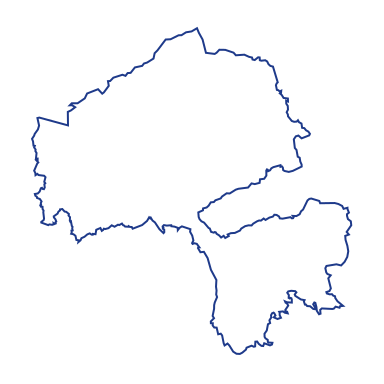 outline of Pano Lefkara, Larnaca, Cyprus, rotated 358°
{"feature_id": "46923920B84753729201746", "entity_name": "Pano Lefkara", "entity_type": "district", "adm_level": 2, "iso_a3": "CYP", "parent_name": "Cyprus", "parent_adm1": "Larnaca", "projection": "natural_earth1", "projection_center": [33.315, 34.87], "detail": "fine", "context": "isolated", "style": "outline", "palette": "blue", "viewbox_px": 384, "rotation_deg": 358, "n_neighbors": 0, "source": "geoboundaries", "source_scale": "gbopen_adm2", "svg_char_len": 5990}
<svg xmlns="http://www.w3.org/2000/svg" viewBox="0 0 384 384"><g transform="rotate(358 192 192)"><path d="M70.7,107.6L70.4,121.1L42.0,112.3L40.1,112.7L41.5,120.3L40.2,124.1L36.8,128.5L36.2,130.2L34.0,133.3L34.9,135.9L35.2,140.1L36.5,140.4L35.8,142.0L37.2,144.1L36.9,145.6L38.0,147.6L37.2,153.2L38.9,153.2L38.8,155.1L37.7,155.1L39.4,157.1L38.3,158.2L35.0,165.2L36.1,167.5L36.2,169.7L38.1,168.5L39.2,169.7L44.8,170.6L46.1,172.1L44.7,176.7L45.7,178.1L44.7,179.1L45.0,182.3L44.1,184.0L42.8,183.7L42.2,182.6L41.1,183.0L39.8,186.2L37.8,188.1L34.9,188.5L35.3,190.2L36.8,191.4L36.9,192.5L39.7,193.7L41.3,196.2L40.5,197.8L40.8,199.6L39.9,200.0L40.5,201.4L42.1,201.6L42.1,203.9L43.0,205.4L42.7,207.1L43.2,213.4L42.8,214.8L40.3,216.7L40.3,217.3L47.2,220.1L48.3,219.4L51.1,219.9L52.5,219.5L52.5,218.4L53.3,219.2L54.7,218.7L54.4,217.6L55.3,216.8L54.6,214.6L53.1,212.6L53.0,211.5L56.9,208.9L57.8,207.0L59.4,205.8L59.5,204.8L61.8,204.5L64.0,207.1L65.6,207.4L68.2,209.7L67.8,211.2L69.2,212.9L68.9,216.4L69.4,217.5L70.0,217.1L70.7,221.7L71.4,222.7L71.0,224.0L71.4,226.2L70.2,226.4L70.4,228.2L69.8,229.5L72.1,230.1L74.0,231.7L74.8,235.9L77.1,236.3L76.7,238.1L78.9,236.4L79.9,234.3L83.0,233.0L85.9,230.7L88.3,229.8L90.2,231.1L91.3,231.2L91.5,230.4L94.1,230.8L95.0,226.4L99.2,224.8L100.5,227.7L101.9,226.8L102.6,225.6L104.0,226.0L107.3,225.2L110.6,222.5L113.4,224.0L116.9,222.1L118.1,222.5L120.9,221.1L122.0,222.8L122.9,223.1L123.9,224.2L127.2,224.5L127.5,223.9L128.6,224.7L130.6,224.9L131.4,226.6L141.0,223.3L146.1,219.3L148.3,215.8L149.3,216.9L149.9,216.2L151.5,219.1L153.9,221.1L158.2,228.1L162.1,232.1L162.9,231.2L162.9,228.5L161.7,227.8L161.5,226.8L162.1,226.4L161.5,225.3L162.8,224.1L165.6,224.7L170.1,224.5L170.2,225.5L173.3,226.0L176.5,227.3L176.5,229.6L178.4,227.3L180.7,226.0L189.1,229.1L188.7,231.7L190.7,235.6L191.7,240.5L190.3,243.1L190.8,243.9L192.6,243.3L195.0,244.0L197.3,247.4L196.4,247.3L196.0,248.2L198.3,252.5L201.8,252.2L205.3,258.6L208.2,270.4L213.3,280.8L212.7,287.5L213.1,291.3L212.6,295.3L213.4,297.9L210.9,303.2L210.2,305.8L210.0,309.5L208.3,316.6L209.6,318.9L206.3,322.0L206.3,323.8L208.2,323.9L208.0,326.1L209.5,328.2L211.9,328.4L213.2,335.1L215.8,334.6L217.1,336.4L218.4,344.3L219.2,346.5L222.2,344.7L223.9,346.6L227.6,353.0L230.8,355.2L234.2,355.5L236.7,354.3L240.4,351.4L241.1,349.5L246.2,347.7L248.4,348.8L249.7,348.5L250.1,343.8L251.9,343.7L253.4,346.1L256.0,348.2L257.8,348.4L258.9,345.7L264.6,348.0L266.6,347.2L267.1,345.5L263.2,345.1L262.6,344.6L262.5,342.4L260.3,340.8L259.5,339.3L259.5,336.2L261.9,333.0L263.3,326.8L265.5,325.7L264.9,322.9L266.8,320.2L266.7,317.9L267.8,316.0L269.3,315.4L270.0,316.0L271.1,318.3L269.4,320.1L272.9,321.9L276.5,320.8L275.3,318.1L275.4,315.6L275.0,314.8L278.7,314.5L280.6,315.9L283.4,316.6L282.9,315.0L281.3,314.3L281.1,313.2L284.2,308.9L283.0,306.6L281.7,305.9L281.2,304.6L283.0,305.5L287.9,306.0L288.0,303.0L287.6,301.6L286.4,301.2L285.9,301.8L284.9,301.2L285.2,298.4L283.7,296.0L284.7,294.7L287.7,294.2L291.7,294.7L292.8,295.9L291.1,298.0L291.6,299.4L297.1,303.2L300.7,304.0L300.0,305.3L300.9,308.4L301.8,308.4L303.1,310.0L306.1,310.3L309.1,313.1L310.8,313.4L311.1,312.1L309.2,308.4L310.4,306.7L311.4,307.1L312.3,311.2L312.6,315.1L314.7,318.6L316.2,318.1L316.0,314.3L317.7,312.9L328.3,313.8L329.7,313.5L331.5,311.6L335.4,312.8L336.0,311.3L339.0,311.1L333.6,306.3L331.5,303.0L331.3,301.2L329.5,300.5L328.3,299.0L326.0,299.1L323.2,298.1L322.8,296.7L325.9,295.8L327.4,293.2L325.2,283.0L327.7,280.1L324.4,278.6L323.4,277.1L322.6,272.8L323.8,270.6L333.8,269.3L338.5,270.6L342.1,267.1L344.9,262.3L346.1,256.7L345.4,251.2L343.8,245.2L343.6,241.2L347.3,240.0L345.2,237.3L350.0,230.8L349.7,226.8L346.9,224.5L346.1,221.3L346.1,219.6L348.1,218.1L346.8,214.5L346.8,213.2L342.9,214.1L341.6,211.2L337.9,209.1L334.2,208.0L319.7,207.7L318.9,205.4L311.0,202.7L309.0,203.0L307.1,204.5L302.4,213.4L300.3,215.1L298.8,218.0L295.5,219.7L292.0,219.4L292.8,220.5L292.1,221.7L290.9,221.8L289.5,220.6L281.6,221.8L278.8,221.4L278.2,219.6L275.8,217.9L273.5,217.6L272.0,219.4L268.4,220.3L264.5,222.5L262.7,221.0L259.9,223.0L258.1,222.8L256.1,223.5L252.0,225.8L250.4,227.5L247.3,227.3L243.9,228.0L239.9,230.3L238.6,232.2L233.4,234.4L229.4,234.5L226.2,235.7L227.2,237.3L223.6,239.1L222.1,236.9L219.5,238.5L217.6,236.3L215.1,234.6L214.4,233.2L213.4,232.8L212.4,233.4L209.7,232.5L208.5,229.1L207.4,228.6L203.0,223.0L200.4,221.6L198.6,219.4L197.8,217.2L197.6,212.6L202.3,210.7L202.5,208.8L206.1,208.0L208.2,206.2L210.4,203.0L213.5,202.8L215.1,201.1L220.5,199.4L221.8,197.6L226.6,194.5L229.6,194.8L235.8,191.2L238.5,190.4L248.2,189.5L251.8,185.5L255.0,186.3L259.9,185.2L260.4,181.7L264.6,181.3L266.9,178.2L267.0,173.1L267.7,172.0L268.5,172.4L268.9,173.8L270.8,173.0L272.1,171.1L274.2,170.0L281.3,168.3L281.3,169.9L282.7,169.5L283.6,170.7L283.9,173.3L285.2,174.2L289.4,175.3L293.5,174.4L302.5,170.4L302.5,168.4L301.3,165.4L300.8,161.5L298.9,160.4L297.9,153.6L296.3,151.6L295.6,142.9L297.7,140.0L300.3,139.3L303.4,142.2L311.1,139.5L311.9,138.0L310.4,135.7L308.1,134.3L306.5,132.1L304.3,131.7L303.8,127.4L301.4,126.0L300.4,124.0L299.1,125.3L296.5,125.4L294.2,124.5L290.6,119.7L290.5,117.9L289.4,115.6L290.8,113.0L290.7,109.3L289.3,107.0L289.3,104.1L291.1,104.9L291.1,101.9L286.8,101.2L285.1,98.2L283.4,96.6L284.4,96.1L284.7,93.9L283.1,94.6L281.9,93.3L280.4,92.9L279.6,88.2L280.4,86.4L281.5,85.4L277.3,69.5L274.7,68.7L272.9,66.9L271.7,64.2L269.8,62.9L265.9,63.2L264.4,62.7L264.3,59.9L262.8,59.7L259.3,62.3L257.1,61.7L256.7,59.7L253.7,58.9L249.1,56.6L240.6,56.9L238.4,54.2L230.2,51.1L224.3,50.8L221.4,53.7L219.5,54.8L210.8,53.4L207.9,40.0L204.4,33.1L202.7,28.5L197.2,31.5L191.6,32.2L187.0,34.9L184.1,34.9L175.9,38.6L171.0,38.7L162.4,49.3L159.5,52.0L158.2,57.3L151.6,61.1L148.5,61.9L146.6,64.2L139.3,65.5L134.8,70.8L131.8,70.9L129.6,73.6L126.6,72.4L117.4,75.0L114.1,78.2L111.9,78.3L112.5,83.0L107.4,89.4L105.7,90.6L101.7,86.0L90.6,89.9L88.1,94.7L80.8,99.3L75.0,99.1L72.9,101.1L75.2,101.1L78.2,103.2L73.8,106.3L70.7,107.6Z" fill="none" stroke="#1e3a8a" stroke-width="2"/></g></svg>